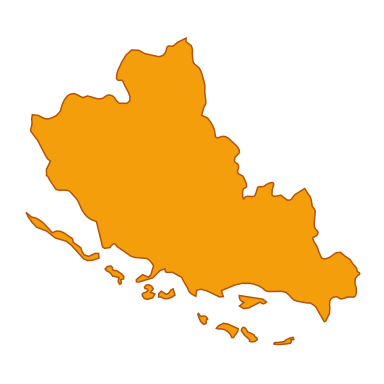 SVG path tracing the border of Villa Clara, rotated 179°
{"feature_id": "CUB-1431", "entity_name": "Villa Clara", "entity_type": "Province", "adm_level": 1, "iso_a3": "CUB", "parent_name": "Cuba", "parent_adm1": "", "projection": "mercator", "projection_center": [-80.068, 22.547], "detail": "fine", "context": "isolated", "style": "filled", "palette": "amber", "viewbox_px": 384, "rotation_deg": 179, "n_neighbors": 0, "source": "natural_earth", "source_scale": "10m", "svg_char_len": 5909}
<svg xmlns="http://www.w3.org/2000/svg" viewBox="0 0 384 384"><g transform="rotate(179 192 192)"><path d="M62.0,60.0L70.5,75.4L75.3,78.8L79.1,79.1L88.5,80.9L92.1,82.3L94.3,84.4L96.8,87.3L99.8,90.0L104.1,91.1L117.3,91.1L120.2,92.0L123.7,95.1L127.5,97.3L131.4,98.7L135.4,99.6L143.1,99.9L150.3,98.4L164.3,92.9L162.5,86.8L166.5,86.7L178.9,92.9L184.4,94.6L189.1,93.7L190.0,87.7L192.5,89.0L195.1,90.8L197.0,93.0L197.8,95.5L203.1,105.1L203.6,106.7L212.5,111.9L213.8,112.1L217.9,111.9L219.6,112.5L220.2,113.8L220.3,115.6L225.2,114.1L232.8,106.8L247.2,102.8L249.2,103.3L249.2,105.2L247.0,107.2L242.7,110.2L237.3,107.6L234.7,109.7L231.7,118.9L234.2,122.8L235.7,124.5L237.9,126.0L240.4,126.6L250.0,127.5L254.2,128.9L267.9,138.8L269.5,141.1L270.9,141.6L272.2,141.0L273.6,139.7L274.7,138.5L274.9,137.9L280.3,137.2L282.3,138.5L288.1,164.2L291.7,165.5L294.5,167.0L297.1,169.0L299.7,171.9L302.4,176.0L305.6,183.8L307.8,187.5L313.7,194.2L315.0,195.4L318.5,196.0L325.3,196.2L327.9,196.9L334.2,206.6L335.4,209.5L337.3,211.1L337.1,211.4L337.2,217.2L332.9,225.3L335.6,227.4L337.6,230.6L345.4,246.3L352.1,255.5L352.2,257.4L351.3,260.5L350.7,263.6L351.0,267.6L350.3,272.1L344.2,271.2L338.4,268.1L336.1,267.6L333.3,267.8L329.1,269.3L326.3,270.8L322.2,275.1L320.9,279.6L319.7,282.8L318.0,286.3L316.0,289.0L313.9,291.0L311.3,292.1L308.0,292.5L304.6,291.1L302.6,289.8L299.4,288.3L294.7,289.9L285.1,286.9L282.9,286.8L279.8,287.1L276.5,289.4L274.8,290.3L272.8,290.4L270.3,289.8L267.9,287.7L266.7,285.9L265.8,284.3L263.1,282.0L255.4,281.8L252.8,284.1L252.4,285.9L252.4,288.5L253.9,292.8L257.3,299.5L258.4,302.4L259.2,304.0L260.0,304.8L261.0,305.0L263.5,304.9L264.6,305.4L265.5,306.8L265.3,310.1L264.0,314.8L260.2,322.6L255.6,330.1L249.8,335.1L242.8,334.6L239.5,332.8L238.3,331.9L236.6,331.2L223.0,327.9L220.8,328.3L218.4,329.3L216.1,332.2L215.2,334.2L214.7,336.4L214.1,337.7L212.9,338.4L209.4,338.1L207.8,338.6L203.5,342.1L195.2,346.0L195.4,342.6L195.0,342.1L190.3,338.4L189.5,336.3L189.1,333.9L189.3,330.1L188.9,323.4L188.3,321.3L187.0,319.6L182.7,315.9L181.1,312.8L179.9,309.4L177.4,299.4L177.3,297.2L177.5,292.2L176.6,282.5L176.8,280.2L177.7,278.1L178.6,276.6L181.1,268.5L175.3,265.8L172.4,262.0L170.3,258.2L169.1,255.3L168.4,253.0L167.7,247.4L167.3,246.5L166.7,246.0L165.7,245.8L164.5,245.9L161.0,247.0L159.4,247.1L157.7,246.8L154.8,245.3L146.3,237.0L144.9,235.0L144.1,233.3L143.9,230.6L148.4,225.7L149.1,222.4L148.5,221.3L147.6,220.3L146.0,219.4L145.0,217.6L144.9,216.2L145.3,214.4L146.2,212.2L145.5,209.6L141.0,207.0L140.2,205.8L137.6,199.6L137.3,197.4L137.4,196.1L138.1,195.5L140.5,194.5L141.0,193.3L141.4,191.1L141.4,186.6L141.0,185.0L140.5,184.2L138.9,186.0L138.2,186.4L136.8,186.7L135.3,186.7L132.0,186.4L130.6,186.4L129.8,186.8L129.0,187.7L128.2,189.4L126.4,195.0L125.9,195.7L125.2,196.1L120.8,196.2L119.7,196.6L117.1,198.4L115.6,199.1L113.0,200.0L111.7,200.1L110.7,199.7L110.3,199.2L110.2,198.5L110.3,197.4L111.5,194.0L111.9,191.6L112.1,187.9L111.0,186.6L109.0,186.2L103.2,187.3L97.6,182.7L96.4,182.2L94.4,182.1L93.3,182.7L92.4,183.5L91.8,184.5L88.9,187.8L79.2,193.5L75.8,187.6L74.4,186.0L73.3,183.5L72.7,180.9L72.1,176.0L71.0,174.0L69.9,172.8L69.4,171.7L69.2,169.9L70.4,158.0L70.3,155.8L69.9,154.1L68.8,152.4L67.1,150.6L66.7,149.5L67.0,148.0L68.3,146.1L71.7,144.4L72.0,143.1L71.4,141.2L67.9,135.1L66.2,129.9L64.0,124.6L63.3,123.6L61.6,122.9L59.3,122.9L54.7,124.7L50.1,128.1L48.4,128.8L44.6,129.1L39.9,125.0L36.0,122.4L35.0,121.5L32.2,117.0L29.8,114.4L29.0,113.1L28.5,112.0L28.3,110.3L27.8,109.5L26.1,108.4L25.7,107.6L26.0,106.7L27.6,105.7L28.8,104.5L30.1,102.7L30.7,99.0L30.4,96.9L29.5,93.1L29.4,90.2L29.5,88.2L30.2,85.8L31.0,84.7L32.2,84.1L38.0,84.2L39.0,84.1L42.3,82.9L44.7,82.5L45.6,82.7L46.5,83.1L48.6,84.6L49.6,84.8L51.0,84.6L53.4,83.9L55.0,82.5L56.2,80.5L56.4,76.3L56.2,73.7L56.8,67.8L60.6,60.6L62.0,60.0ZM353.0,169.8L349.0,168.8L346.9,167.8L343.8,165.8L340.3,162.7L332.4,153.8L328.2,155.4L323.9,154.9L319.9,152.9L314.6,148.8L313.1,148.2L312.2,147.1L311.8,144.2L311.0,143.2L307.3,140.4L306.2,139.8L304.2,138.2L303.0,134.6L301.0,131.1L296.6,129.4L289.6,132.4L286.5,132.2L286.1,127.5L292.8,125.5L297.5,125.2L301.4,127.0L313.6,140.9L318.6,145.0L329.4,148.4L338.2,155.6L347.7,159.4L352.4,164.3L356.2,170.0L358.3,174.6L353.0,169.8ZM125.8,80.7L137.2,75.1L142.4,74.5L146.6,77.2L145.4,78.0L143.1,80.0L141.9,80.7L144.1,81.7L145.6,83.2L146.4,85.2L146.6,87.7L123.0,83.6L119.4,80.7L120.9,79.6L122.2,79.0L123.8,79.3L125.8,80.7ZM154.7,45.7L156.2,49.0L158.7,51.8L161.8,53.8L165.1,54.5L168.8,54.7L170.1,55.2L169.4,56.2L167.5,58.0L162.8,60.2L158.1,59.2L148.2,54.5L148.7,51.9L149.9,50.0L151.5,48.2L153.0,45.7L154.7,45.7ZM275.6,113.0L278.9,114.8L280.2,116.6L278.0,118.9L274.4,119.5L272.8,117.9L272.8,116.1L272.1,115.3L271.2,114.8L269.9,114.9L268.3,114.5L263.8,111.3L261.7,108.8L261.9,106.3L264.9,105.5L264.4,103.9L264.5,101.7L265.8,100.9L267.4,103.7L266.7,107.8L268.3,108.3L272.9,109.3L274.3,111.5L275.6,113.0ZM241.4,86.3L243.3,88.9L243.6,90.7L242.2,91.9L239.4,92.8L237.7,94.6L238.8,96.0L240.8,96.4L241.2,97.8L239.4,99.7L236.7,100.1L234.0,98.4L232.5,96.1L233.2,94.6L234.7,93.4L235.2,92.1L233.1,91.8L230.9,90.6L233.3,86.8L238.6,85.4L241.4,86.3ZM142.1,48.0L145.1,52.5L144.8,54.1L143.6,55.6L142.2,55.7L140.7,54.6L138.6,50.9L136.7,50.3L132.2,47.8L131.8,46.7L131.4,46.1L129.9,45.1L129.3,43.1L131.5,41.6L133.3,41.2L135.0,41.1L137.1,41.7L137.0,43.1L138.7,44.9L142.1,48.0ZM225.3,87.7L227.2,87.5L227.0,90.9L224.5,93.4L219.6,90.2L217.3,90.9L214.9,94.3L212.6,95.5L210.8,89.2L214.1,87.2L217.8,85.8L221.6,85.8L225.3,87.7ZM106.9,38.0L109.6,38.0L112.8,38.6L112.4,39.7L110.5,40.2L108.6,40.0L102.6,40.8L100.4,42.6L96.8,44.2L93.6,45.0L93.2,44.6L92.7,42.9L93.6,42.4L95.6,42.6L95.3,40.4L96.4,39.0L99.8,38.5L106.9,38.0ZM185.7,62.5L187.3,66.5L188.3,69.9L187.6,70.5L186.3,68.6L185.2,67.4L182.7,67.8L180.8,67.5L179.5,66.4L178.6,65.0L178.7,64.4L179.5,64.6L179.9,63.2L180.3,60.1L182.8,59.5L185.7,62.5Z" fill="#f59e0b" stroke="#b45309" stroke-width="1.5"/></g></svg>